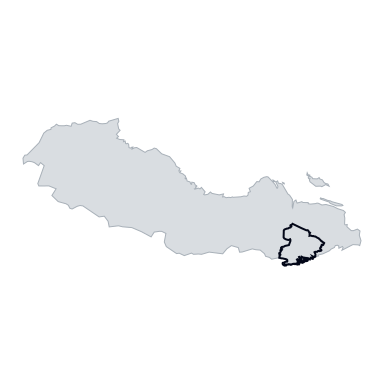 Västra Götaland on a map of Sweden (Mercator projection), rotated 270°
{"feature_id": "SWE-3428", "entity_name": "Västra Götaland", "entity_type": "County", "adm_level": 1, "iso_a3": "SWE", "parent_name": "Sweden", "parent_adm1": "", "projection": "mercator", "projection_center": [12.229, 58.206], "detail": "fine", "context": "in_parent", "style": "outline", "palette": "ink", "viewbox_px": 384, "rotation_deg": 270, "n_neighbors": 0, "source": "natural_earth", "source_scale": "10m", "svg_char_len": 9251}
<svg xmlns="http://www.w3.org/2000/svg" viewBox="0 0 384 384"><g transform="rotate(270 192 192)"><path d="M121.5,284.0L122.5,286.8L124.4,286.4L125.2,284.4L126.2,278.4L124.8,271.7L126.6,269.4L127.7,265.6L130.3,264.5L133.9,260.2L134.3,255.7L135.1,252.3L132.0,242.2L131.8,239.6L136.4,238.3L138.4,231.4L135.2,226.9L130.2,222.7L131.9,209.1L129.7,201.6L130.0,198.4L129.7,193.5L130.9,191.5L128.4,184.3L130.8,179.2L130.4,176.6L137.4,166.3L142.0,164.3L150.6,165.9L152.6,161.8L152.7,159.5L151.9,154.2L147.1,151.1L152.3,141.5L156.4,131.9L157.2,122.6L158.2,118.5L157.1,109.2L162.7,108.1L167.8,104.3L167.1,99.1L178.1,82.9L178.5,80.0L177.7,77.2L175.0,72.1L175.8,69.8L178.7,68.4L180.2,66.1L182.4,58.2L188.5,51.9L195.2,56.1L198.1,48.9L198.0,38.9L200.4,37.8L218.4,44.2L221.4,40.5L218.4,38.5L221.4,34.4L222.3,31.9L222.7,28.9L222.5,27.4L220.0,23.5L225.8,23.0L228.8,24.8L229.1,27.1L241.3,39.1L250.9,43.8L253.7,47.2L254.6,50.9L256.2,51.1L257.9,54.5L259.8,56.4L258.3,58.8L258.2,64.1L258.7,66.5L257.7,71.1L260.9,72.2L261.3,74.9L259.7,77.7L259.8,80.8L263.7,90.0L262.7,92.9L262.4,96.6L260.5,99.3L260.2,102.2L260.5,105.8L261.1,107.5L262.8,108.7L265.6,118.2L262.6,118.8L260.4,117.6L255.1,118.7L253.7,120.1L249.7,116.4L247.4,118.5L245.8,116.6L244.5,119.7L244.2,123.9L242.3,123.5L243.0,125.1L240.4,125.7L240.2,126.3L240.7,127.4L239.9,128.6L236.4,129.0L235.9,130.4L236.9,132.0L236.9,133.0L234.6,131.5L236.2,134.5L236.5,136.7L231.6,145.1L233.2,147.3L234.5,152.1L235.9,154.2L235.3,156.4L230.2,161.7L227.3,169.6L221.0,174.9L217.8,176.2L215.6,179.9L213.1,178.8L213.0,180.9L211.4,179.6L210.1,182.9L207.8,185.6L205.4,185.1L205.1,185.6L205.9,186.4L203.0,187.1L202.1,190.0L200.0,190.8L199.7,191.6L201.8,191.8L201.4,194.1L199.0,195.3L198.1,196.8L197.0,196.7L197.2,195.6L195.6,195.7L195.1,194.4L194.8,194.7L195.9,198.5L195.1,200.0L196.6,201.4L192.2,205.1L189.5,203.7L189.1,204.8L189.7,207.9L192.0,210.4L190.6,212.0L189.1,219.2L190.1,223.5L187.1,222.6L187.3,224.2L186.3,226.1L186.7,228.9L186.4,230.7L187.1,232.4L186.7,233.1L187.2,240.8L188.0,244.0L187.7,246.6L188.9,248.0L191.6,248.3L192.3,250.4L195.7,249.1L198.0,253.3L202.4,256.8L202.2,259.1L205.0,260.8L206.7,263.9L207.3,266.5L207.1,268.0L202.7,272.3L199.3,275.2L195.8,276.9L195.9,277.6L197.7,277.9L201.9,275.8L203.1,277.6L200.8,278.4L200.4,280.9L199.4,282.4L190.0,287.9L188.8,289.6L184.6,292.4L177.1,292.2L176.0,292.7L182.5,293.9L184.0,295.9L180.9,297.1L182.3,301.8L181.5,303.0L181.4,308.2L180.3,308.3L179.9,310.4L180.4,315.6L180.9,317.0L180.7,318.5L179.0,321.9L179.5,326.0L177.5,333.4L175.3,337.7L173.5,343.4L171.6,345.4L169.4,344.1L166.0,344.8L159.8,344.6L159.1,345.2L159.5,347.2L157.3,346.9L153.4,351.2L153.3,353.3L154.9,357.4L153.0,360.0L148.8,359.3L143.3,361.0L138.4,359.7L139.1,358.3L139.4,352.9L133.8,342.0L136.4,343.1L137.5,342.5L135.8,338.9L138.1,338.7L138.8,337.4L138.4,335.3L136.5,334.4L134.9,331.1L133.2,329.4L130.1,322.7L129.0,318.1L128.0,318.5L127.1,313.2L125.4,312.4L125.1,307.0L123.3,306.4L122.2,303.9L122.0,299.1L120.0,298.5L120.2,296.2L119.5,287.7L118.8,285.1L119.4,283.1L120.5,282.9L121.5,284.0ZM208.3,309.9L207.4,310.4L206.8,311.9L205.3,312.7L205.1,317.3L206.4,319.1L205.0,319.9L204.1,322.4L201.5,324.0L200.5,325.6L200.0,327.9L197.8,329.1L199.4,325.7L197.3,321.8L197.9,320.4L197.7,315.8L202.2,310.0L204.3,309.3L205.2,310.0L205.6,308.5L206.3,308.2L208.3,309.9ZM179.5,342.0L178.5,342.9L178.1,341.6L178.2,336.3L180.7,330.0L181.8,329.5L184.8,320.8L185.2,320.2L186.2,320.8L185.4,321.6L185.5,323.1L183.6,327.7L183.0,330.7L182.4,331.5L179.5,342.0ZM209.2,308.1L209.0,309.4L207.9,308.3L209.0,306.8L211.2,307.2L209.2,308.1ZM204.0,273.0L202.6,275.2L202.3,274.3L202.6,273.2L204.0,273.0ZM200.9,284.2L200.1,284.3L200.6,282.9L201.6,282.5L200.9,284.2Z" fill="#d9dde1" stroke="#a8b0b8" stroke-width="1"/><path d="M123.3,287.3L124.1,287.2L124.6,286.6L125.0,285.4L125.2,284.3L125.4,283.4L125.6,282.8L125.6,281.7L125.9,280.4L126.0,280.0L126.2,279.7L126.3,279.3L127.3,279.7L127.6,279.6L127.9,279.4L128.0,279.4L128.2,279.5L129.2,280.4L129.4,280.4L129.5,280.4L129.6,280.2L129.6,279.9L129.7,279.5L129.9,279.3L130.5,279.2L130.9,279.3L131.1,279.4L131.3,280.1L131.5,280.2L132.1,280.5L132.4,280.7L132.6,280.7L133.5,280.4L133.8,280.5L133.7,280.7L133.3,280.7L133.2,280.8L133.1,281.0L133.7,281.5L133.9,281.7L134.1,281.7L134.4,281.6L134.6,281.5L134.9,282.0L135.0,282.1L135.3,281.8L135.6,281.4L135.9,281.0L136.2,281.0L136.4,281.1L136.6,281.4L136.8,281.6L137.0,281.8L137.1,282.1L137.2,283.2L137.2,283.5L137.3,283.7L138.1,285.1L138.9,288.9L143.0,290.4L144.0,290.4L144.3,290.4L144.6,290.2L144.8,290.1L144.7,289.9L144.2,289.0L144.1,288.6L144.0,288.3L144.5,286.5L144.6,286.1L144.9,285.5L145.3,284.8L145.5,284.4L146.0,284.0L146.4,283.7L146.7,283.6L153.6,283.8L153.9,284.0L154.5,284.5L155.0,285.8L155.5,287.1L155.5,287.9L155.6,288.2L156.3,289.3L156.4,289.6L156.5,290.0L156.5,290.4L156.6,290.6L156.9,290.8L157.3,290.8L157.5,290.9L157.6,291.2L158.1,290.9L158.2,290.6L158.3,290.5L158.4,290.4L158.6,290.4L158.9,290.6L159.1,291.1L159.2,291.6L159.4,292.0L160.2,292.5L155.8,301.6L153.7,306.4L153.7,306.6L153.8,307.2L153.8,307.4L153.8,307.7L153.6,307.9L153.4,308.2L153.1,308.4L152.3,308.8L152.2,308.9L151.6,309.2L151.5,309.4L151.4,309.9L151.3,310.0L151.2,310.1L150.5,309.6L150.2,309.5L149.1,309.6L148.8,309.6L148.2,309.5L148.4,310.5L148.4,311.1L148.1,311.6L147.9,312.4L147.9,312.6L148.0,313.3L147.9,313.5L147.7,313.9L147.6,314.2L147.5,315.3L147.4,315.6L146.9,316.3L146.4,317.1L145.8,318.3L145.7,318.6L145.6,318.8L145.1,319.1L144.4,320.0L143.9,320.5L143.3,320.8L143.1,321.1L142.9,321.7L142.8,321.8L142.6,321.9L142.3,322.1L142.1,322.5L141.4,323.7L141.3,323.9L141.0,324.2L140.4,323.9L140.1,323.7L139.9,323.4L139.5,323.4L139.2,323.3L139.0,323.1L138.9,322.8L138.9,322.6L139.2,322.0L139.2,321.7L138.2,321.5L138.0,321.4L137.7,321.1L137.3,321.3L137.1,321.3L136.9,321.1L136.4,320.4L136.2,320.3L136.0,320.2L135.7,320.2L135.3,320.1L135.1,320.1L134.7,320.6L134.4,321.1L134.2,321.2L133.9,321.4L133.6,321.4L133.3,321.1L133.0,320.1L132.9,319.7L132.9,319.4L133.1,318.7L133.1,318.3L132.9,317.9L132.5,317.5L132.2,317.2L132.2,316.9L132.2,315.9L132.2,315.2L131.8,314.5L130.1,315.3L129.2,315.5L127.9,315.2L127.5,315.3L127.4,315.0L127.5,314.5L127.3,314.3L127.2,314.6L127.1,314.8L126.9,314.7L126.8,314.2L126.6,313.8L126.6,313.6L126.7,313.1L127.4,313.1L127.6,312.7L127.3,312.9L126.7,312.9L126.4,312.9L125.8,312.5L125.6,312.5L125.6,312.9L125.3,312.9L125.1,312.8L125.1,312.6L125.1,312.3L126.2,311.2L126.3,311.1L126.3,310.9L126.1,310.9L125.8,310.9L125.6,311.0L125.4,310.6L125.1,310.2L124.9,309.9L124.6,309.8L124.8,309.5L125.1,309.4L125.0,308.9L125.1,308.7L125.7,308.5L125.7,308.4L125.6,308.2L125.8,307.9L125.5,307.7L125.5,307.4L126.0,306.5L126.2,305.9L126.2,305.6L126.0,304.9L126.0,304.7L126.1,304.3L126.4,304.2L126.5,303.8L126.6,302.4L127.0,302.2L127.2,301.8L126.9,301.8L126.8,301.6L126.7,301.0L126.3,300.5L126.3,300.0L126.5,299.6L127.1,299.3L127.0,299.0L126.7,299.1L126.3,299.4L125.6,299.4L125.4,299.4L125.3,299.7L125.2,299.8L124.8,299.8L124.1,300.5L123.7,301.1L123.4,301.1L123.1,300.9L123.2,301.3L122.9,301.2L122.8,300.9L122.8,300.4L123.0,299.9L123.3,299.3L123.6,298.8L124.2,298.1L124.2,297.7L124.3,297.6L124.7,297.4L124.5,297.0L124.2,297.2L123.8,297.8L123.7,297.5L123.4,296.5L123.4,297.1L123.4,297.9L123.3,298.6L123.0,299.2L122.7,299.7L122.4,300.1L121.6,300.8L121.7,300.4L121.8,300.2L122.2,299.9L122.2,299.7L121.7,299.9L121.5,299.6L121.5,299.4L121.7,299.2L122.2,299.1L121.9,298.6L121.9,298.1L121.7,298.1L121.6,298.3L121.5,298.8L121.3,299.0L121.2,299.1L121.1,298.8L121.5,297.9L121.7,297.5L121.9,296.9L121.8,297.2L121.4,297.9L121.1,298.1L120.9,298.5L120.6,298.7L120.3,298.6L120.0,298.6L119.8,299.1L119.6,299.0L119.6,298.9L119.7,298.5L119.7,298.3L119.5,297.8L119.5,297.4L120.1,297.4L120.0,296.9L120.1,296.7L120.3,296.6L120.5,296.3L120.1,296.1L119.9,295.6L119.9,295.3L120.0,295.3L120.0,294.7L120.3,294.2L120.1,294.0L120.2,293.7L120.0,293.4L120.0,293.2L120.1,292.8L120.0,292.5L119.5,291.8L119.6,291.2L119.3,291.1L119.2,291.0L119.2,290.6L119.3,290.2L119.5,290.1L119.5,289.8L119.8,289.2L119.8,288.2L119.7,288.1L119.4,288.0L119.4,287.8L119.4,287.3L119.4,287.0L119.3,286.8L119.4,286.5L118.8,286.3L118.5,286.1L118.4,285.8L118.5,285.5L118.7,285.3L119.2,285.0L118.7,285.0L118.5,284.9L118.4,284.6L118.5,284.4L118.6,284.1L119.3,283.1L119.6,282.8L120.8,282.6L121.2,282.8L121.3,283.4L121.4,283.9L121.6,284.4L121.8,284.8L122.0,285.0L122.3,285.7L122.3,287.1L122.6,287.3L123.3,287.3ZM126.3,301.5L126.3,301.9L126.4,302.4L126.3,303.3L126.2,303.7L126.0,303.9L125.7,303.9L125.1,304.3L124.5,304.1L124.2,304.3L124.1,303.9L123.8,303.8L123.4,303.9L123.2,304.1L123.0,304.6L122.7,304.5L122.4,304.1L122.4,304.9L122.2,304.2L121.8,303.8L121.7,303.6L121.8,303.3L122.0,303.0L123.1,301.9L123.5,301.7L123.9,301.3L124.5,301.4L124.6,301.1L124.6,300.9L124.7,300.7L124.8,300.6L124.7,300.3L124.9,300.2L125.1,300.2L125.5,300.3L125.6,300.8L126.1,301.2L126.3,301.5ZM125.5,305.2L125.5,305.5L125.6,305.8L125.4,306.5L125.2,306.6L125.1,306.4L125.2,306.2L124.8,306.3L124.7,306.6L124.6,307.2L124.5,307.4L124.4,307.5L124.1,307.4L123.9,307.8L123.7,307.8L123.5,307.5L123.2,307.5L123.1,307.4L123.0,307.0L122.9,306.6L123.0,306.4L123.4,306.4L123.6,306.3L123.3,306.2L123.1,306.2L122.9,306.1L122.8,305.8L122.9,305.4L123.1,305.3L123.6,305.4L124.6,305.4L124.8,305.3L125.0,305.2L125.5,305.2Z" fill="none" stroke="#020617" stroke-width="2"/></g></svg>